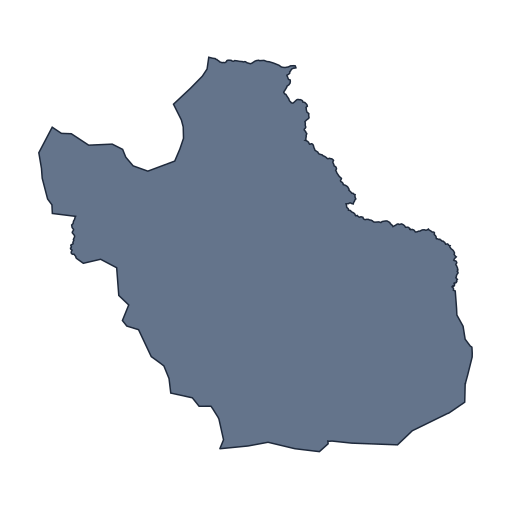 outline of Delu'un, Bayan-Ölgiy, Mongolia, rotated 174°
{"feature_id": "93677404B55197094733289", "entity_name": "Delu'un", "entity_type": "district", "adm_level": 2, "iso_a3": "MNG", "parent_name": "Mongolia", "parent_adm1": "Bayan-Ölgiy", "projection": "equal_earth", "projection_center": [90.333, 47.743], "detail": "fine", "context": "isolated", "style": "filled", "palette": "slate", "viewbox_px": 512, "rotation_deg": 174, "n_neighbors": 0, "source": "geoboundaries", "source_scale": "gbopen_adm2", "svg_char_len": 6011}
<svg xmlns="http://www.w3.org/2000/svg" viewBox="0 0 512 512"><g transform="rotate(174 256 256)"><path d="M61.5,200.4L63.3,201.3L63.0,202.3L63.0,202.9L63.5,204.0L64.3,204.8L63.6,205.6L63.1,205.9L62.8,205.9L62.8,205.3L62.7,205.2L61.8,205.7L61.5,206.9L61.9,208.2L61.2,208.5L60.4,208.3L59.6,208.7L59.7,208.9L59.4,209.5L58.9,209.8L59.0,210.8L58.8,211.2L58.2,211.6L58.7,212.3L58.8,212.7L59.5,213.4L59.5,213.7L59.0,214.3L58.7,215.6L58.4,216.0L58.2,216.6L57.1,217.6L56.8,218.2L56.9,218.8L57.5,219.5L57.3,220.0L56.9,220.3L56.9,220.8L56.7,221.2L57.0,221.4L56.8,222.1L56.9,223.1L57.1,223.9L57.4,224.5L57.4,224.9L58.2,226.6L57.8,227.3L57.1,228.1L57.0,228.5L57.3,229.4L57.7,230.1L59.4,230.8L59.8,231.2L58.7,232.8L56.9,234.2L57.8,235.1L58.8,236.9L58.3,238.1L58.3,238.6L59.1,240.5L59.8,241.5L61.5,243.1L61.6,243.6L62.3,244.7L62.3,245.4L61.9,246.0L62.7,246.2L63.4,246.7L63.6,247.4L64.3,248.0L66.2,247.9L66.9,249.8L68.1,250.8L68.3,251.2L69.4,251.3L70.0,252.2L71.1,252.8L71.2,253.3L71.4,253.5L72.7,253.4L73.6,254.1L74.8,254.3L74.9,254.5L74.9,256.3L75.4,257.5L76.4,258.6L76.3,259.7L76.1,260.4L76.7,261.2L78.2,261.4L79.6,262.7L81.1,263.7L81.7,264.8L83.0,264.1L84.4,263.8L85.5,264.4L87.3,264.6L88.2,264.5L90.5,263.6L91.8,263.7L93.3,263.2L94.9,263.2L95.1,263.3L95.3,263.8L96.0,265.0L96.7,265.6L97.2,265.7L97.7,266.1L98.5,266.0L99.1,266.2L99.4,266.0L99.7,266.1L100.3,266.4L100.1,267.2L100.6,267.6L100.8,267.9L101.4,268.5L102.1,268.8L104.3,268.9L105.1,270.6L106.4,271.8L107.8,272.7L110.1,272.4L110.6,272.5L111.2,273.0L112.2,273.0L114.4,271.8L114.9,271.7L116.7,270.9L116.8,271.3L117.5,272.6L118.3,273.2L118.5,273.7L119.1,274.2L119.4,275.3L122.1,277.2L123.7,277.3L126.9,277.1L128.3,276.2L129.3,276.7L130.4,277.1L134.2,277.2L135.4,277.6L136.0,278.1L136.5,278.8L137.3,279.2L137.7,279.6L139.4,280.0L140.4,280.7L142.5,280.9L143.7,280.7L144.7,281.3L145.2,281.7L145.4,282.2L145.6,283.3L147.3,284.0L148.1,284.0L149.1,283.7L150.6,285.0L151.1,285.8L152.3,285.5L152.5,285.5L153.0,286.1L153.2,287.2L153.9,288.2L155.1,289.2L155.8,289.5L156.8,290.4L157.2,291.2L157.5,291.4L159.2,291.9L159.1,292.2L159.3,293.2L159.8,294.0L160.4,294.5L160.7,295.0L160.7,296.8L161.0,298.5L158.4,298.4L157.6,298.9L156.7,299.0L155.1,298.0L153.8,297.6L153.4,299.0L152.5,299.9L151.9,301.2L151.3,301.9L150.8,302.2L150.8,302.7L151.3,303.8L151.3,306.0L151.0,306.7L152.4,307.4L153.0,308.3L153.9,308.3L154.2,308.5L155.2,310.0L156.7,311.7L156.5,312.0L156.5,312.3L156.8,313.5L157.0,313.7L157.4,314.8L158.0,315.6L159.6,316.9L161.8,317.9L161.8,318.8L162.4,320.1L164.0,321.3L164.1,322.2L163.2,323.5L162.9,324.3L164.4,325.9L165.1,326.8L166.9,330.2L167.3,331.8L167.8,332.8L167.0,333.9L166.8,334.5L167.2,336.1L167.9,336.8L168.9,337.5L169.0,338.7L169.8,341.1L169.7,341.7L168.9,342.9L169.1,343.4L170.4,344.7L171.9,345.1L172.6,345.5L174.3,345.2L175.1,345.6L175.6,346.4L177.2,347.8L179.0,348.8L179.5,349.6L182.5,350.8L183.3,351.8L183.6,352.8L186.3,355.0L186.6,356.5L187.1,357.8L187.3,359.6L187.7,360.8L188.2,361.4L188.8,361.8L189.3,361.9L190.6,361.5L191.1,361.6L191.4,362.2L191.8,363.5L192.6,364.5L194.0,365.5L195.0,365.9L194.6,366.1L194.2,366.6L194.1,368.0L193.6,369.4L193.5,370.8L192.7,372.3L192.8,372.7L193.6,373.7L193.6,374.6L194.8,376.1L194.9,376.5L194.6,377.2L193.5,378.1L193.0,379.0L193.4,380.9L193.1,382.5L193.1,383.3L193.3,384.5L191.4,386.1L190.2,386.7L188.8,387.9L188.9,390.9L188.5,391.8L189.1,392.7L190.2,393.6L190.5,394.9L190.7,396.5L190.6,397.5L190.7,398.6L190.1,399.1L189.3,399.5L189.4,400.7L189.8,401.6L191.4,403.6L193.4,404.3L193.5,405.4L194.3,406.2L195.7,406.9L196.7,406.9L197.7,407.3L198.6,407.3L199.3,407.0L202.8,404.4L203.6,404.2L205.1,404.8L205.3,405.5L206.2,406.4L206.6,407.2L207.0,408.9L208.5,411.7L209.3,413.5L209.6,413.8L210.3,414.0L211.3,415.7L211.3,416.0L210.6,417.1L210.2,417.4L207.9,420.5L207.7,420.8L207.5,421.6L205.3,422.9L203.9,424.6L203.9,425.3L203.6,426.0L203.6,427.5L204.4,427.9L205.0,428.1L205.4,428.7L205.8,430.5L206.4,432.2L206.4,432.6L204.6,433.3L203.2,434.5L203.3,435.6L202.2,436.5L201.5,437.6L200.7,438.3L198.9,438.9L197.8,438.8L196.6,439.0L197.1,441.0L198.2,441.3L201.8,441.5L204.2,440.6L205.3,440.6L207.4,440.4L209.4,440.8L211.0,441.3L213.2,443.3L218.3,446.0L222.5,447.8L224.9,448.3L227.6,449.7L232.2,449.9L232.8,450.4L235.1,450.3L236.7,449.9L239.9,448.2L241.5,447.8L244.9,449.2L246.1,450.3L247.0,450.5L248.4,450.3L249.2,450.8L252.0,451.3L254.3,452.0L256.8,452.6L257.4,452.2L258.4,452.0L259.5,452.5L260.2,453.2L262.6,453.6L263.9,453.6L264.6,453.3L265.1,452.4L266.6,451.6L267.4,451.6L268.3,451.9L269.5,451.8L271.9,452.9L272.6,453.9L273.9,454.8L274.3,455.5L275.3,455.8L275.9,456.6L278.4,457.2L282.2,458.6L285.1,447.1L290.6,440.4L303.7,429.6L322.2,415.6L316.0,399.1L314.9,392.0L315.8,380.6L320.5,370.4L326.9,358.9L354.7,351.7L368.8,358.5L375.2,367.9L377.5,376.0L387.3,382.3L410.8,383.7L426.9,396.9L436.7,398.3L445.2,405.4L461.2,381.4L460.2,365.6L460.5,355.7L457.3,334.5L453.6,328.2L454.1,319.6L431.3,314.3L431.8,313.6L432.7,311.2L433.7,310.0L434.1,309.0L434.5,307.4L436.1,306.1L436.0,304.7L435.9,303.5L435.2,302.3L434.7,301.7L434.7,301.0L436.2,299.0L436.3,298.3L435.8,297.7L435.7,297.4L434.4,295.4L434.4,294.0L435.6,292.1L435.9,291.4L435.5,290.8L436.7,288.6L436.6,287.4L437.0,287.0L438.1,286.7L438.8,286.4L439.1,285.5L438.7,285.1L438.6,284.4L439.0,283.6L439.6,283.3L439.7,282.6L439.4,282.1L438.5,281.4L438.4,280.8L439.2,279.7L439.5,278.6L439.2,277.6L438.3,277.0L437.8,276.8L436.8,276.8L435.3,274.3L435.3,273.6L434.9,272.5L428.5,266.8L410.9,269.0L395.8,258.9L396.6,231.1L387.7,220.6L395.6,205.8L391.8,199.8L380.5,195.0L370.7,166.9L363.0,160.0L359.1,156.3L355.3,143.2L355.1,128.6L334.1,121.6L328.3,112.5L316.5,111.3L315.1,108.8L310.5,99.4L309.9,97.6L307.5,76.6L312.0,68.3L311.9,68.1L283.8,67.9L263.5,69.5L237.5,60.3L213.4,54.8L203.9,61.7L203.9,64.4L202.9,64.1L199.7,64.0L180.4,59.9L135.0,53.4L118.8,65.9L82.4,79.2L80.7,79.6L63.7,88.8L61.3,107.3L61.0,107.3L60.7,108.4L57.9,115.6L51.6,132.9L51.1,136.8L50.8,142.3L50.9,142.9L52.3,144.0L56.7,151.4L57.4,164.5L62.4,176.3L62.0,183.1L61.5,200.4Z" fill="#64748b" stroke="#1e293b" stroke-width="1.5"/></g></svg>